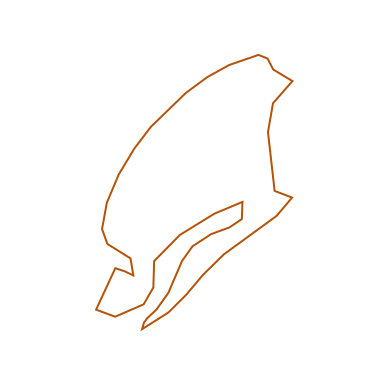 an SVG outline of Barbuda, rotated 236°
{"feature_id": "ATG-5091", "entity_name": "Barbuda", "entity_type": "Dependency", "adm_level": 1, "iso_a3": "ATG", "parent_name": "Antigua and Barbuda", "parent_adm1": "", "projection": "equal_earth", "projection_center": [-61.817, 17.637], "detail": "fine", "context": "isolated", "style": "outline", "palette": "amber", "viewbox_px": 384, "rotation_deg": 236, "n_neighbors": 0, "source": "natural_earth", "source_scale": "10m", "svg_char_len": 694}
<svg xmlns="http://www.w3.org/2000/svg" viewBox="0 0 384 384"><g transform="rotate(236 192 192)"><path d="M146.7,261.1L131.4,271.8L124.9,248.9L122.5,183.7L117.1,154.5L110.1,130.0L105.3,105.0L106.2,73.9L110.6,79.2L112.4,84.3L114.4,96.7L121.6,116.0L140.4,145.2L146.7,162.0L146.4,184.3L141.7,203.2L141.7,218.2L155.6,228.3L161.5,198.6L163.2,158.0L155.9,122.0L134.5,106.6L125.9,89.1L131.6,58.5L148.1,46.7L171.7,85.8L163.8,91.9L155.6,96.7L171.3,103.9L196.2,92.8L211.6,96.7L230.7,115.4L247.3,140.7L260.3,168.5L269.1,194.7L277.6,242.5L278.7,268.9L276.5,293.8L268.5,323.8L260.3,329.3L248.1,327.8L227.8,337.3L220.3,308.8L199.2,288.5L146.7,261.1Z" fill="none" stroke="#b45309" stroke-width="2"/></g></svg>